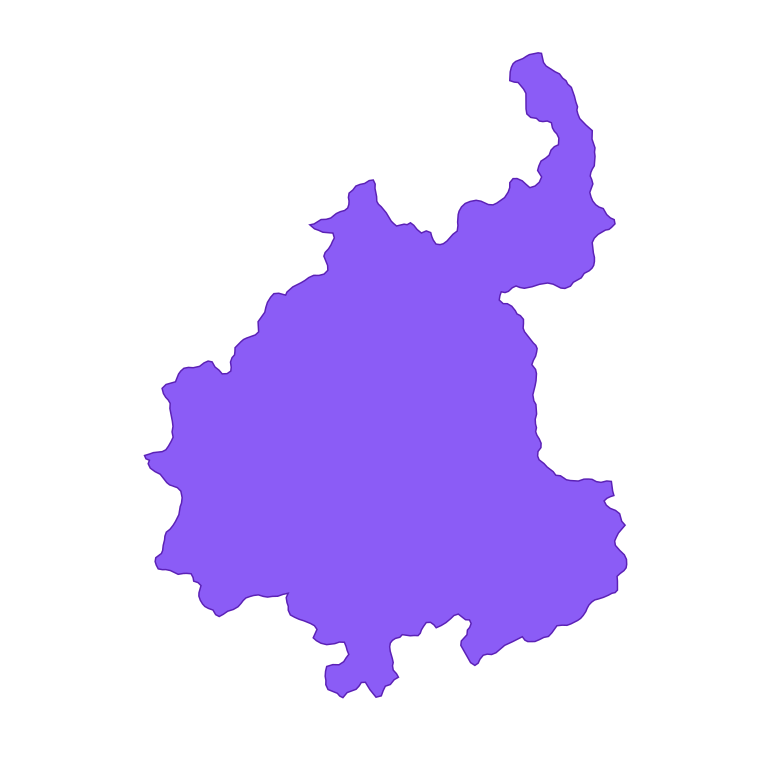 outline of Medina, Minas Gerais, Brazil, rotated 173°
{"feature_id": "56859067B34003853374610", "entity_name": "Medina", "entity_type": "district", "adm_level": 2, "iso_a3": "BRA", "parent_name": "Brazil", "parent_adm1": "Minas Gerais", "projection": "orthographic", "projection_center": [-41.531, -16.312], "detail": "fine", "context": "isolated", "style": "filled", "palette": "violet", "viewbox_px": 768, "rotation_deg": 173, "n_neighbors": 0, "source": "geoboundaries", "source_scale": "gbopen_adm2", "svg_char_len": 6146}
<svg xmlns="http://www.w3.org/2000/svg" viewBox="0 0 768 768"><g transform="rotate(173 384 384)"><path d="M180.0,148.8L177.4,151.0L176.3,160.1L176.1,164.7L172.8,167.1L168.6,169.5L166.1,172.0L165.1,175.4L164.7,180.4L166.3,185.2L170.2,190.0L174.0,195.6L174.2,200.0L172.1,203.6L169.5,207.5L161.9,214.5L164.8,218.8L165.9,226.5L169.6,230.3L174.6,233.0L178.1,236.6L179.8,241.1L176.7,243.4L173.1,244.6L169.4,245.3L170.1,249.9L170.2,259.6L174.8,260.6L180.6,259.9L185.1,261.2L189.1,264.0L192.5,264.7L197.1,265.2L202.9,264.0L210.9,265.5L214.6,266.7L220.0,271.4L224.6,272.5L226.7,276.3L232.3,281.8L234.8,285.4L239.3,289.9L240.3,293.8L239.4,298.2L236.0,301.7L235.3,306.1L236.6,310.5L238.5,314.6L239.3,318.2L238.0,322.0L238.5,325.9L238.2,330.6L236.2,335.6L235.7,345.2L237.3,349.0L237.6,355.1L234.2,364.0L232.7,368.7L231.4,375.7L231.8,380.0L234.9,385.2L232.9,389.2L230.1,393.2L228.6,397.2L227.7,400.5L228.6,403.8L230.8,406.5L238.2,418.8L239.1,422.5L238.2,426.9L237.7,431.2L240.3,435.2L243.5,437.4L244.7,440.7L247.7,445.6L251.8,448.7L255.9,449.2L259.4,453.3L258.2,457.5L256.4,461.2L252.7,460.0L249.2,460.8L244.9,463.9L241.0,465.2L237.3,463.2L233.0,461.9L225.1,462.5L217.5,464.0L209.3,464.3L204.0,462.5L196.8,457.7L192.8,456.8L187.0,458.4L183.7,461.9L175.3,465.3L171.8,469.4L166.5,471.4L163.4,473.6L161.4,476.2L160.2,480.0L159.7,484.0L160.2,488.6L160.1,499.0L157.5,503.1L153.3,506.4L145.4,509.8L141.9,510.0L139.1,511.7L135.2,514.8L135.5,519.1L139.1,521.3L142.3,525.0L145.0,531.4L149.0,533.4L152.0,536.1L154.5,540.1L155.7,544.3L156.4,549.1L152.3,557.1L152.9,561.5L154.0,565.3L152.9,568.8L151.1,571.9L148.7,574.9L146.8,584.3L146.8,588.6L145.8,592.6L147.7,601.7L146.4,610.1L151.9,616.3L157.4,623.6L158.7,628.5L159.2,632.4L158.1,635.5L159.2,640.4L159.9,646.3L161.9,655.6L165.1,659.3L166.4,662.9L169.4,665.8L172.0,670.4L176.2,673.1L184.4,679.9L186.5,683.7L187.4,693.0L190.7,693.9L199.6,693.2L202.8,691.9L206.4,690.1L214.0,688.1L216.8,686.2L219.0,682.8L220.7,678.4L222.2,669.8L218.0,667.8L214.1,666.9L209.5,659.7L207.7,655.2L209.5,639.7L209.3,634.6L205.9,630.7L200.3,629.1L197.8,626.1L194.4,625.1L189.9,625.1L186.0,622.9L185.6,617.7L184.1,614.0L182.0,611.2L180.5,606.8L181.7,600.2L186.0,598.8L189.7,595.8L192.2,591.0L196.0,588.5L201.0,586.1L203.8,581.4L205.5,577.2L202.3,570.3L205.3,565.3L209.9,562.1L215.3,561.1L218.8,565.0L222.0,568.8L226.9,571.7L230.9,572.1L234.6,568.5L235.3,563.5L237.4,559.3L241.6,554.3L250.0,549.8L254.0,548.5L258.6,549.4L265.4,553.6L270.2,555.1L276.2,554.7L281.4,553.3L285.5,550.3L288.4,546.4L289.7,543.2L291.2,535.7L291.3,532.2L292.7,526.9L297.3,524.2L304.1,518.2L308.0,516.0L311.3,515.5L315.3,516.5L317.6,520.9L318.6,524.5L319.2,528.6L323.4,530.8L328.5,529.3L332.3,533.3L335.1,537.9L338.1,540.8L341.6,539.3L344.6,540.2L352.3,539.3L354.9,542.1L357.0,544.8L360.9,553.6L365.1,560.2L367.6,563.1L368.9,566.2L368.5,570.9L369.1,579.3L368.4,583.5L369.8,587.8L373.9,587.7L378.8,585.4L383.5,585.0L387.8,583.9L391.2,580.4L395.4,577.7L396.6,573.5L396.4,569.9L397.0,566.5L398.6,563.1L402.0,561.0L406.3,560.4L410.6,559.0L416.7,555.2L421.3,554.5L426.4,554.9L433.9,551.4L438.2,551.0L434.1,546.5L430.1,544.5L426.2,542.1L416.3,540.0L415.5,535.0L417.8,531.7L419.6,528.6L422.5,525.0L426.4,521.7L428.1,518.2L425.5,508.5L425.9,503.7L430.1,500.4L435.2,499.7L440.6,500.4L445.7,498.8L449.9,496.4L454.0,494.6L462.7,491.5L469.1,487.1L470.8,484.2L477.4,486.9L482.3,487.1L485.9,484.0L489.7,479.3L491.9,474.5L493.6,469.7L501.4,461.2L502.1,451.0L505.7,448.4L514.6,446.4L518.0,445.3L520.7,443.5L527.4,438.2L528.0,434.4L528.8,431.1L531.6,428.7L533.7,424.5L533.6,419.2L534.5,415.5L538.5,413.4L543.4,413.8L546.1,417.9L549.7,421.5L551.9,426.9L555.8,428.2L560.0,426.9L564.9,424.0L571.4,423.4L576.1,424.3L580.7,424.0L584.2,421.6L586.7,418.9L590.7,411.6L600.4,410.1L604.8,406.7L604.1,401.4L602.3,397.4L600.1,394.4L598.6,390.8L599.5,385.7L598.6,372.9L598.6,367.6L600.2,362.3L599.8,356.9L602.1,353.2L605.5,348.6L608.5,345.3L612.3,343.9L621.3,344.0L625.2,343.1L630.4,342.2L629.4,338.8L626.1,336.9L627.8,333.6L626.2,328.9L621.9,324.9L617.1,321.7L611.6,312.6L609.1,310.0L601.7,306.3L598.7,302.4L598.2,295.8L599.5,290.5L601.2,287.2L603.5,279.3L607.7,273.0L610.5,269.5L614.1,265.9L618.1,263.5L620.0,259.7L620.8,256.0L622.8,250.8L624.0,245.7L625.6,242.9L631.7,239.4L632.8,235.6L632.1,231.9L630.6,228.0L626.5,226.7L623.2,226.4L618.8,224.9L611.5,220.2L606.2,220.4L603.0,220.1L598.6,219.2L597.1,215.2L596.9,211.5L592.7,209.5L590.2,206.2L593.1,199.3L593.6,196.0L592.7,191.8L590.9,187.8L588.9,185.0L585.7,182.7L581.3,180.5L579.2,175.6L575.9,173.3L571.6,175.0L566.9,177.5L560.9,178.6L556.0,180.7L552.6,183.7L550.1,186.3L547.1,188.5L543.0,189.4L539.2,190.0L534.4,190.0L529.7,187.9L525.5,186.7L520.6,186.8L515.3,186.3L509.9,187.5L504.6,188.0L507.1,183.9L506.9,178.8L506.1,175.1L506.6,171.1L505.1,166.2L501.2,163.4L496.9,160.8L492.5,158.8L486.2,155.3L482.5,152.6L480.4,148.6L485.2,140.7L482.4,137.5L478.2,134.4L472.7,132.3L464.4,132.3L459.7,133.3L454.8,132.5L453.6,128.0L453.0,123.9L451.9,119.9L454.8,117.0L457.8,113.3L462.9,110.8L469.0,111.7L475.3,110.6L477.0,106.1L478.0,101.1L477.8,96.8L478.4,92.6L476.8,87.6L468.0,82.7L465.9,79.6L463.0,77.7L458.2,82.2L448.9,84.4L445.5,87.3L442.9,90.5L438.8,90.2L435.2,82.3L430.1,74.1L424.7,74.8L422.2,79.7L419.5,83.9L414.3,85.0L409.9,89.3L405.4,91.2L406.9,94.9L409.7,98.9L409.9,103.3L408.8,106.4L409.2,110.5L410.4,118.1L410.4,122.5L409.3,126.1L406.9,128.5L403.7,130.1L399.1,130.7L396.4,133.0L388.7,130.9L384.6,130.7L380.9,130.1L378.4,132.2L376.8,135.4L374.4,138.5L371.1,142.1L366.9,141.8L363.8,138.9L361.9,135.7L356.7,137.3L351.6,139.6L346.5,142.9L342.8,145.7L338.3,146.6L331.8,140.1L327.9,139.4L326.7,135.6L328.6,132.0L331.2,129.6L332.2,125.0L338.6,119.5L339.6,115.2L332.0,96.9L328.1,93.6L324.6,95.4L322.3,99.1L318.6,102.7L314.4,103.3L310.2,102.4L305.6,103.6L296.1,109.9L287.7,112.6L277.5,116.3L275.4,112.6L272.7,110.8L269.3,110.4L265.6,110.0L261.0,111.3L256.3,113.0L251.5,113.4L247.7,116.6L241.8,123.0L236.5,122.9L231.8,122.2L227.8,123.1L220.6,125.7L217.4,127.4L214.5,130.0L211.4,133.6L209.8,136.5L207.5,139.7L204.5,142.2L201.2,144.0L197.5,144.5L192.2,145.5L187.1,147.0L183.3,148.5L180.0,148.8Z" fill="#8b5cf6" stroke="#5b21b6" stroke-width="1.5"/></g></svg>